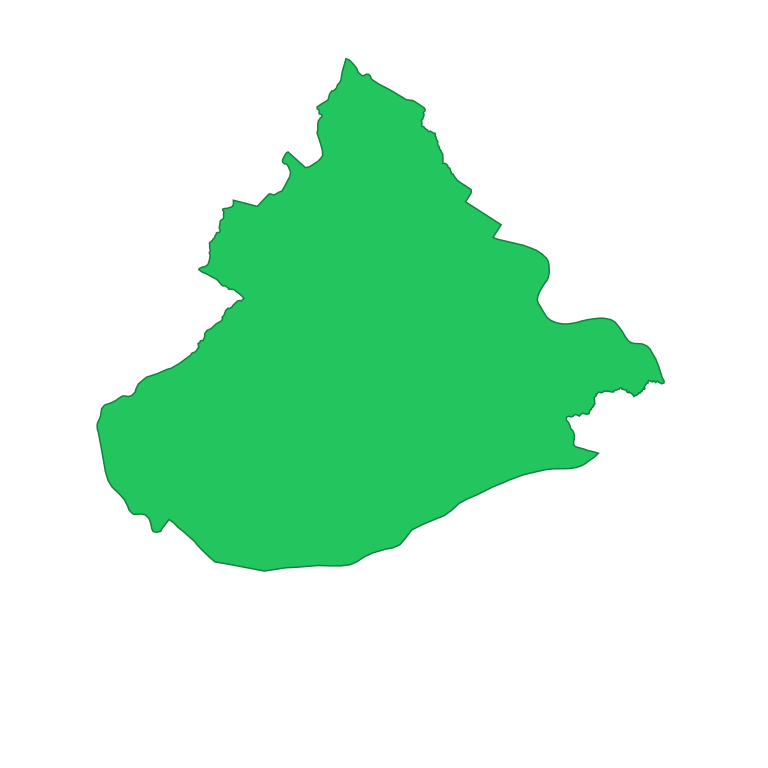 Prey Chhor, Kâmpóng Cham, Cambodia (orthographic projection), rotated 124°
{"feature_id": "14789045B91228863328058", "entity_name": "Prey Chhor", "entity_type": "district", "adm_level": 2, "iso_a3": "KHM", "parent_name": "Cambodia", "parent_adm1": "Kâmpóng Cham", "projection": "orthographic", "projection_center": [105.196, 12.105], "detail": "fine", "context": "isolated", "style": "filled", "palette": "green", "viewbox_px": 768, "rotation_deg": 124, "n_neighbors": 0, "source": "geoboundaries", "source_scale": "gbopen_adm2", "svg_char_len": 6171}
<svg xmlns="http://www.w3.org/2000/svg" viewBox="0 0 768 768"><g transform="rotate(124 384 384)"><path d="M321.5,167.5L323.4,173.5L325.4,178.6L326.0,181.4L328.3,188.2L328.9,190.5L328.8,191.8L327.3,193.5L325.9,194.5L323.6,195.3L321.5,196.4L320.4,197.2L318.6,199.2L317.3,201.1L316.6,204.3L314.5,206.6L313.4,208.4L312.7,209.7L312.0,212.4L311.0,213.3L309.7,214.0L308.4,213.7L307.5,212.8L306.7,210.5L305.4,209.4L303.4,208.9L301.9,207.9L301.4,204.1L298.6,203.8L297.6,203.2L296.9,202.1L295.8,199.2L294.8,198.1L293.8,197.4L292.5,198.3L291.3,198.2L290.1,198.5L289.1,197.8L287.9,198.4L285.3,197.8L284.4,198.5L283.3,198.0L282.0,198.4L280.9,199.6L279.9,200.2L277.9,202.2L275.1,201.5L274.1,202.4L272.9,201.7L271.0,201.9L270.2,200.5L269.8,198.9L268.2,197.9L266.5,197.4L266.2,196.2L265.2,195.6L265.0,194.3L264.2,193.3L263.6,191.3L262.2,189.2L260.7,189.3L259.4,188.2L257.8,187.1L256.8,186.1L255.8,186.2L254.8,185.6L254.4,184.4L255.3,183.8L254.6,182.3L254.0,180.6L253.3,179.4L254.5,178.8L254.8,177.6L254.6,176.4L253.5,176.4L253.6,173.3L253.5,172.1L254.6,169.7L253.1,169.2L252.1,168.4L249.9,167.6L248.6,167.7L248.4,166.6L247.0,166.9L246.0,166.0L244.5,166.5L243.5,166.4L242.8,165.1L241.6,165.3L241.4,166.4L239.5,166.7L236.5,166.5L235.3,165.7L234.5,166.4L233.1,166.7L232.4,163.4L232.0,162.4L230.6,162.6L230.6,161.0L230.9,159.6L228.8,159.0L228.8,156.3L228.3,155.4L228.7,154.1L226.4,152.5L224.9,153.5L223.0,157.0L215.8,166.2L211.2,172.8L209.7,176.2L206.2,183.1L205.5,186.9L206.3,192.1L208.4,195.9L210.6,199.4L211.6,202.5L211.5,205.6L210.1,209.9L207.2,215.8L205.2,221.4L203.4,227.2L203.8,232.1L206.8,239.1L209.8,243.2L213.9,248.0L217.4,251.7L221.2,255.3L225.1,258.5L228.8,262.3L231.3,265.0L233.9,268.9L235.8,272.8L236.8,275.6L237.6,278.8L238.0,282.3L237.5,286.7L231.0,300.7L228.8,303.8L225.5,305.4L220.6,306.6L211.4,307.1L206.6,306.8L203.6,307.4L199.7,309.1L197.5,310.5L193.7,313.3L191.4,315.4L189.6,317.9L188.9,319.8L187.9,325.7L187.9,332.3L189.6,340.2L191.1,346.1L200.6,371.1L201.2,373.5L201.4,375.6L186.5,375.9L187.4,418.3L177.2,418.5L175.2,419.5L174.1,420.5L174.3,434.3L174.1,435.6L174.4,436.8L173.4,438.9L173.3,440.0L171.4,444.3L171.8,445.6L170.7,446.9L169.8,448.4L168.9,449.2L168.4,450.3L168.5,451.6L168.1,452.6L167.1,453.5L167.1,454.6L166.8,455.7L167.0,456.8L168.2,458.7L167.2,459.5L166.0,459.8L161.1,463.5L160.3,464.4L159.9,465.6L159.2,466.4L158.3,468.4L158.0,469.6L156.6,470.4L156.3,471.4L156.3,472.5L154.3,474.4L153.2,474.6L151.5,478.1L150.3,478.7L149.8,480.2L148.6,480.8L147.5,481.9L148.4,483.5L148.3,484.7L148.5,487.1L149.7,487.6L149.6,488.8L149.2,490.3L149.3,493.0L148.6,494.3L148.7,495.8L149.1,496.9L147.6,498.2L146.4,498.4L144.6,500.4L142.5,500.0L140.7,500.8L139.6,500.8L138.5,501.2L136.8,503.3L134.5,502.7L133.4,503.6L132.6,505.0L132.6,515.0L132.8,518.6L135.8,524.3L136.7,542.3L138.3,556.8L138.3,563.3L138.0,565.5L136.2,567.7L135.9,570.2L137.1,571.9L139.4,572.9L140.7,575.1L140.0,579.8L137.4,583.4L135.6,589.7L134.8,593.9L135.6,597.4L142.7,595.1L145.0,594.4L148.7,593.1L156.5,589.6L159.5,589.4L161.9,589.9L164.9,589.0L167.9,589.4L169.7,590.3L170.4,591.2L174.3,591.2L177.3,590.0L180.0,589.3L187.6,592.8L191.8,594.4L193.2,593.3L193.1,591.7L193.6,590.6L196.2,589.0L196.1,587.7L195.7,586.5L196.1,585.4L197.0,585.1L199.1,585.5L202.8,585.5L205.7,584.2L209.7,581.4L213.4,579.8L220.0,571.3L224.8,565.7L228.9,562.6L232.0,562.6L235.8,563.2L245.3,567.1L248.6,570.0L245.3,593.3L246.8,594.0L248.5,594.3L250.2,594.0L252.2,593.9L254.1,593.6L255.9,592.9L256.7,592.0L257.0,590.9L257.1,589.6L256.5,588.6L256.2,587.3L257.2,585.1L259.9,580.8L260.8,579.8L264.8,578.1L280.9,576.4L284.0,578.5L287.9,580.3L288.9,581.1L290.1,584.9L291.0,585.7L307.8,588.4L309.5,593.8L315.9,611.7L318.5,609.8L320.5,609.0L321.6,609.1L322.9,609.7L324.1,610.8L325.8,611.9L327.4,614.1L329.3,615.5L330.2,614.5L330.7,613.4L332.0,612.4L333.3,611.9L334.9,610.5L336.4,609.8L338.1,610.0L339.9,611.0L346.4,608.1L347.4,607.2L348.2,605.8L349.5,605.2L350.6,605.4L351.4,606.7L352.5,607.4L353.7,606.8L356.0,606.9L357.2,606.1L359.3,606.8L360.6,606.6L363.1,607.3L364.8,607.5L367.3,605.5L368.6,604.7L370.5,602.4L371.5,602.5L373.0,602.2L374.2,600.4L376.9,598.9L380.0,597.7L383.3,596.8L386.6,597.9L388.3,599.6L391.7,601.8L392.8,601.3L392.9,597.0L392.7,595.8L392.2,594.5L390.9,581.8L390.9,580.7L391.3,579.7L391.5,578.2L392.0,577.0L392.2,575.8L392.6,574.8L392.7,573.7L392.6,572.1L391.7,571.2L391.4,570.0L391.5,566.8L392.3,566.0L389.5,560.9L390.0,558.8L390.0,555.8L390.7,550.1L391.3,548.1L395.1,548.7L395.3,550.1L397.0,551.8L403.7,553.3L404.9,553.0L406.0,553.6L407.3,553.8L408.0,554.7L408.4,555.8L410.6,556.2L412.1,556.2L416.5,555.1L418.0,555.4L419.5,555.4L420.0,554.4L422.4,554.1L423.5,554.6L424.6,554.9L425.3,555.7L426.4,555.9L427.6,556.7L434.9,558.4L436.1,559.1L438.0,560.5L440.7,560.8L442.9,560.6L444.7,559.3L445.8,558.9L448.1,558.6L449.4,558.2L450.0,559.7L451.1,560.4L452.4,559.9L454.6,560.8L455.3,559.8L456.5,559.0L457.2,557.9L458.8,558.3L461.7,558.1L463.8,558.9L464.6,559.7L466.4,560.7L467.9,560.3L481.6,565.2L489.8,569.2L493.4,572.2L502.4,577.9L511.1,584.7L515.5,586.1L521.2,587.6L526.2,587.0L530.0,585.8L534.7,586.8L537.0,588.5L539.7,593.6L540.7,594.3L544.7,596.1L547.3,597.0L550.0,598.4L553.5,600.6L556.7,603.2L558.2,603.9L562.3,604.3L569.1,601.1L572.9,600.2L576.3,599.8L578.6,598.8L581.7,596.5L583.2,594.4L597.4,580.4L612.3,566.1L618.2,558.9L621.5,551.8L623.2,541.8L625.0,534.6L628.7,528.1L631.0,525.0L631.7,522.3L632.1,518.6L627.6,512.7L625.9,508.7L626.9,503.6L628.8,500.8L631.5,497.9L633.8,495.7L635.4,492.8L634.1,489.7L631.0,486.7L628.1,487.2L623.8,486.8L616.6,486.5L616.7,480.9L618.1,473.8L618.4,468.6L620.6,452.4L622.0,448.3L623.2,442.9L625.3,431.0L626.0,424.7L619.0,409.0L606.0,378.6L591.7,363.2L584.7,353.9L571.3,337.1L565.7,328.2L558.7,317.8L552.4,310.7L546.0,306.8L538.4,303.8L530.5,299.0L520.3,290.6L514.6,284.8L508.2,280.9L499.2,279.9L489.5,279.4L480.0,274.1L467.7,266.1L459.5,260.5L450.5,257.2L440.7,254.9L433.0,250.8L422.9,244.4L408.4,236.2L402.1,232.0L399.2,229.9L393.7,226.6L389.7,223.6L385.6,220.8L381.6,217.9L375.7,212.5L364.8,202.3L359.7,196.3L351.9,185.0L349.4,181.8L345.3,177.5L340.9,174.4L339.0,173.3L335.9,172.0L332.5,170.9L327.1,168.7L321.5,167.5Z" fill="#22c55e" stroke="#15803d" stroke-width="1.5"/></g></svg>